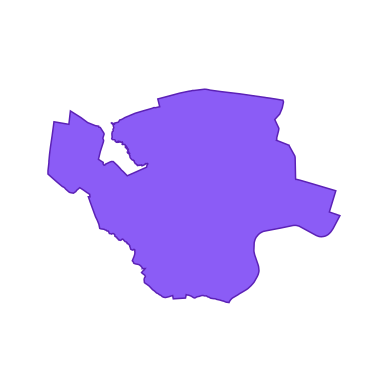 the district of Gradina, Constanta, Romania, rotated 12°
{"feature_id": "2599482B78123686212908", "entity_name": "Gradina", "entity_type": "district", "adm_level": 2, "iso_a3": "ROU", "parent_name": "Romania", "parent_adm1": "Constanta", "projection": "mercator", "projection_center": [28.433, 44.528], "detail": "fine", "context": "isolated", "style": "filled", "palette": "violet", "viewbox_px": 384, "rotation_deg": 12, "n_neighbors": 0, "source": "geoboundaries", "source_scale": "gbopen_adm2", "svg_char_len": 5936}
<svg xmlns="http://www.w3.org/2000/svg" viewBox="0 0 384 384"><g transform="rotate(12 192 192)"><path d="M168.9,93.7L168.3,93.9L159.5,97.8L139.2,108.1L142.7,115.3L138.6,117.2L137.3,117.3L135.3,118.6L127.9,122.5L120.0,126.8L110.8,133.2L108.9,135.0L107.4,136.1L106.3,136.6L105.7,138.4L105.3,139.1L102.1,140.6L102.2,141.6L101.9,142.0L101.1,141.8L100.7,141.3L99.7,141.1L99.4,141.2L99.1,141.0L98.8,141.3L99.3,141.7L100.4,142.2L100.6,142.6L101.1,143.1L101.3,143.8L102.1,145.2L102.1,145.7L101.8,146.6L101.7,147.3L102.2,148.2L102.2,148.7L101.5,149.7L101.5,151.4L101.9,153.1L102.1,153.5L102.1,153.9L102.5,154.7L102.5,155.5L102.3,156.2L102.5,156.5L102.8,157.0L103.7,157.3L105.4,157.0L106.3,157.6L106.3,158.3L107.1,158.6L107.6,159.1L107.8,159.1L108.0,159.0L108.5,158.7L108.9,158.9L109.2,158.8L109.2,158.5L108.9,158.2L109.1,157.8L109.5,157.6L109.8,157.7L110.0,157.9L110.2,158.5L110.3,158.5L110.5,158.2L111.0,157.5L111.3,157.6L111.6,157.9L112.2,158.2L112.4,158.2L113.3,157.5L113.6,157.8L114.0,158.4L114.0,159.0L113.9,159.2L113.7,159.5L113.7,159.8L114.0,159.9L114.4,160.0L114.5,159.9L114.5,159.6L114.8,159.7L115.4,159.7L116.5,159.5L117.1,160.4L117.9,160.6L118.1,160.8L118.4,161.1L118.4,161.4L118.1,161.7L117.4,161.7L117.4,161.9L117.7,162.4L118.1,162.5L118.4,162.4L118.7,162.2L118.8,162.0L119.1,161.8L119.3,161.9L119.4,162.2L119.4,162.7L119.1,163.1L119.2,163.3L120.1,163.6L120.6,163.3L120.8,163.3L120.9,163.8L120.6,164.3L120.5,164.6L120.6,164.8L121.6,165.8L121.7,166.1L121.6,166.3L121.3,166.4L120.6,166.3L120.4,166.4L120.5,166.7L121.1,167.3L121.6,167.4L122.6,167.0L122.8,167.0L123.0,167.2L123.1,167.5L123.0,167.8L122.8,168.3L122.8,168.5L123.5,169.1L123.8,169.5L123.9,170.3L124.4,171.3L124.8,171.6L125.5,172.2L126.9,173.1L127.5,173.2L127.9,173.0L128.2,173.1L128.4,173.4L128.9,173.5L129.1,173.7L129.0,174.1L129.2,174.4L130.6,176.0L131.2,176.0L131.9,176.6L132.8,176.8L132.9,177.1L132.9,177.3L133.1,177.4L133.2,177.5L133.5,177.4L133.7,177.0L134.2,177.1L134.6,176.8L135.1,176.9L135.6,176.4L136.1,176.5L136.4,176.4L137.0,176.0L137.7,176.8L138.2,176.2L138.4,176.1L138.7,176.1L140.4,174.8L140.4,174.5L140.3,174.4L140.4,174.1L140.9,173.7L141.2,173.7L141.9,173.9L142.0,173.6L142.6,173.3L142.8,173.4L142.9,173.6L142.9,174.0L142.7,174.4L142.4,175.3L142.4,177.2L125.3,189.6L120.1,186.1L118.4,185.2L116.7,183.8L113.7,181.7L109.3,179.0L108.6,178.6L106.9,178.9L105.7,179.6L102.2,182.3L101.5,182.7L101.6,183.2L100.8,184.0L100.5,184.1L99.2,183.0L99.0,182.1L99.0,181.5L93.7,179.5L93.7,179.1L93.9,171.5L94.9,161.6L94.9,160.8L94.8,159.8L93.6,158.0L93.6,157.8L94.0,153.7L93.8,153.2L93.5,152.7L89.0,148.1L88.6,147.9L87.4,148.0L87.0,147.0L83.7,147.2L75.5,145.8L67.9,142.3L56.2,138.0L57.5,151.4L42.4,152.0L43.5,166.3L44.2,177.5L44.8,184.6L45.6,191.5L45.9,192.8L46.7,201.1L47.4,204.4L57.6,210.2L64.2,213.7L65.2,213.8L66.7,214.5L67.6,215.3L69.9,216.6L71.9,217.7L72.9,217.9L76.3,217.8L78.3,215.7L78.8,214.4L81.3,211.1L85.3,212.6L89.6,214.5L90.1,214.6L91.9,215.4L92.4,215.5L93.2,217.9L91.6,218.2L94.2,222.5L102.8,236.3L105.1,239.2L107.6,242.9L109.3,246.8L110.7,247.0L112.9,246.8L114.0,246.8L115.0,247.2L116.1,247.2L116.9,247.8L118.4,247.7L119.8,249.8L121.3,249.7L122.1,249.9L122.9,249.2L123.6,249.0L124.2,249.2L125.0,249.6L125.5,250.1L125.7,251.2L126.6,251.7L127.6,251.8L128.1,252.3L128.2,252.6L128.8,253.1L129.5,253.4L130.3,253.9L130.3,254.1L130.8,254.1L131.7,254.2L132.3,254.1L132.8,253.6L133.3,252.9L133.5,252.6L133.9,252.5L134.4,252.6L136.4,254.1L136.8,254.4L138.3,254.6L138.6,254.7L138.8,255.0L138.9,255.4L139.3,255.8L139.6,255.6L139.8,255.8L139.9,256.0L141.0,256.3L142.4,257.6L142.5,258.4L142.9,258.7L143.9,260.7L144.8,261.0L145.9,261.2L146.5,261.0L146.7,260.4L147.2,260.2L147.5,260.2L148.1,260.5L148.5,262.4L148.8,263.2L148.9,265.1L148.7,267.2L147.9,271.7L149.0,272.5L149.5,273.1L149.6,273.5L149.8,273.7L150.3,273.9L152.1,274.1L153.5,274.0L155.4,274.1L156.5,274.6L157.4,275.1L158.2,275.8L158.7,276.1L159.2,276.5L159.4,276.8L159.4,277.1L159.3,277.3L162.1,276.6L161.4,278.0L160.3,279.6L159.4,281.3L160.3,281.9L163.1,283.2L164.0,284.5L163.4,285.8L163.3,286.5L163.3,287.2L163.4,287.8L164.3,290.5L165.6,291.2L166.4,291.4L169.7,292.9L173.4,295.5L174.3,296.0L175.8,296.6L177.9,297.9L178.5,298.2L179.8,298.4L181.6,299.3L182.5,299.4L183.5,299.8L184.6,300.5L185.9,300.8L187.7,300.8L188.1,300.7L191.3,299.2L192.4,298.5L194.6,297.3L195.9,300.4L207.7,297.1L207.7,293.6L208.5,293.8L209.8,293.6L211.5,293.8L213.2,294.1L214.5,294.7L215.9,295.1L216.6,295.1L217.4,294.7L218.3,293.7L218.8,293.5L219.7,293.0L220.6,292.7L222.7,291.4L224.3,290.9L225.2,291.0L226.1,291.0L227.6,290.6L227.9,290.6L228.3,290.9L228.8,291.2L229.3,291.3L230.3,291.3L232.4,292.0L234.9,291.9L237.0,291.6L238.5,291.9L241.7,291.9L244.8,292.2L245.2,292.1L248.5,292.7L249.1,292.5L250.4,292.6L250.7,292.3L251.2,292.4L251.5,291.1L252.0,289.8L252.9,288.2L253.7,287.2L258.4,282.9L259.8,281.4L261.3,280.1L263.8,277.8L265.8,275.9L266.8,274.8L269.2,271.4L270.7,268.8L271.5,267.2L273.4,261.1L273.7,259.7L273.9,258.7L274.0,256.3L273.9,255.1L273.1,252.5L272.7,251.3L272.1,250.0L266.4,240.5L265.3,238.1L264.9,237.1L264.6,235.9L263.8,231.1L263.4,228.8L263.4,227.6L263.6,225.1L263.9,223.9L264.2,222.8L264.7,221.9L265.5,220.3L266.5,218.8L267.4,217.8L268.8,216.6L270.0,215.7L273.2,214.3L286.5,208.7L297.9,203.7L299.7,203.2L301.1,203.0L303.8,203.1L322.6,208.7L325.2,209.1L326.2,209.1L327.8,208.9L329.6,208.3L331.2,207.6L332.6,206.6L333.9,205.4L335.1,203.8L336.0,202.3L336.8,200.5L337.6,198.5L341.6,184.4L330.5,183.0L332.4,160.9L307.4,158.9L295.2,158.0L291.7,157.9L290.9,158.1L290.6,157.7L285.8,137.2L285.3,135.8L285.0,135.3L277.2,126.3L277.2,126.1L264.7,124.0L263.8,123.9L264.0,122.9L264.0,122.6L263.6,121.7L263.9,114.8L263.9,113.1L263.7,111.6L258.6,104.9L257.9,103.9L261.6,97.5L262.7,91.6L262.8,90.7L262.8,85.2L262.7,84.7L262.4,84.2L261.7,83.2L261.3,83.4L254.1,83.7L218.7,86.0L200.3,87.7L188.3,88.6L187.1,88.5L184.4,88.6L182.7,88.9L172.5,92.4L171.9,92.4L168.9,93.8L168.9,93.7Z" fill="#8b5cf6" stroke="#5b21b6" stroke-width="1.5"/></g></svg>